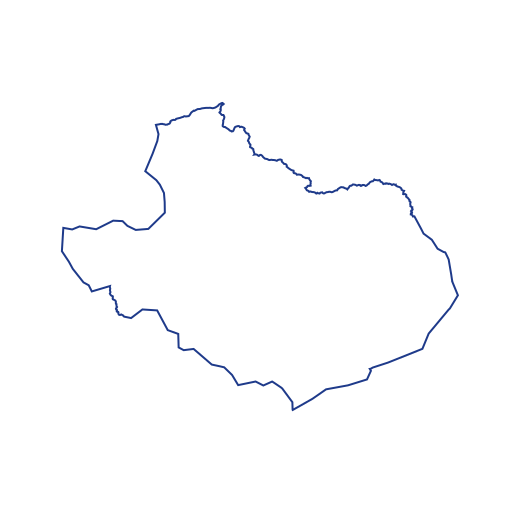 Delu'un, Bayan-Ölgiy, Mongolia (Equal Earth projection), rotated 150°
{"feature_id": "93677404B55197094733289", "entity_name": "Delu'un", "entity_type": "district", "adm_level": 2, "iso_a3": "MNG", "parent_name": "Mongolia", "parent_adm1": "Bayan-Ölgiy", "projection": "equal_earth", "projection_center": [90.333, 47.743], "detail": "fine", "context": "isolated", "style": "outline", "palette": "blue", "viewbox_px": 512, "rotation_deg": 150, "n_neighbors": 0, "source": "geoboundaries", "source_scale": "gbopen_adm2", "svg_char_len": 6029}
<svg xmlns="http://www.w3.org/2000/svg" viewBox="0 0 512 512"><g transform="rotate(150 256 256)"><path d="M99.0,211.1L100.4,211.8L100.2,212.6L100.2,213.1L100.6,214.0L101.2,214.6L100.7,215.3L100.2,215.6L100.0,215.0L99.9,215.0L99.2,215.4L99.0,216.3L99.3,217.4L98.7,217.7L98.1,217.5L97.4,217.8L97.5,218.0L97.2,218.5L96.9,218.7L97.0,219.5L96.8,219.8L96.3,220.1L96.7,220.7L96.8,221.1L97.3,221.6L97.4,221.9L97.0,222.3L96.7,223.4L96.5,223.7L96.3,224.2L95.4,225.0L95.2,225.5L95.3,225.9L95.7,226.5L95.5,226.9L95.3,227.2L95.3,227.6L95.1,227.9L95.3,228.1L95.2,228.7L95.3,229.4L95.4,230.1L95.7,230.6L95.6,230.9L96.3,232.3L96.0,232.8L95.4,233.5L95.3,233.8L95.6,234.6L95.9,235.1L97.3,235.7L97.6,236.0L96.7,237.3L95.2,238.4L96.0,239.1L96.8,240.6L96.4,241.6L96.4,242.0L97.0,243.5L97.6,244.3L98.9,245.6L99.0,246.0L99.6,246.9L99.6,247.4L99.3,247.9L99.9,248.1L100.5,248.5L100.6,249.0L101.2,249.5L102.7,249.5L103.4,251.0L104.3,251.8L104.5,252.1L105.4,252.2L105.8,253.0L106.7,253.4L106.8,253.8L107.0,254.0L108.0,253.9L108.7,254.5L109.7,254.6L109.8,254.8L109.8,256.2L110.2,257.2L111.0,258.1L110.9,259.0L110.8,259.5L111.2,260.2L112.5,260.4L113.6,261.4L114.8,262.2L115.3,263.1L116.3,262.6L117.5,262.3L118.4,262.8L119.8,262.9L120.5,262.9L122.4,262.1L123.4,262.2L124.6,261.8L125.9,261.8L126.1,261.9L126.2,262.3L126.8,263.3L127.4,263.8L127.8,263.9L128.2,264.2L128.8,264.1L129.3,264.2L129.5,264.1L129.8,264.1L130.3,264.4L130.1,265.1L130.6,265.4L130.7,265.6L131.2,266.1L131.8,266.3L133.5,266.5L134.2,267.8L135.2,268.7L136.3,269.5L138.2,269.2L138.6,269.3L139.1,269.7L139.9,269.7L141.7,268.7L142.1,268.7L143.6,268.0L143.7,268.4L144.2,269.4L144.8,269.9L145.0,270.3L145.5,270.7L145.8,271.6L147.9,273.1L149.2,273.2L151.7,273.0L152.9,272.3L153.7,272.7L154.6,273.0L157.7,273.1L158.6,273.4L159.1,273.9L159.5,274.4L160.2,274.8L160.5,275.1L161.8,275.4L162.7,275.9L164.3,276.1L165.3,276.0L166.2,276.4L166.5,276.8L166.7,277.2L166.8,278.0L168.3,278.6L168.9,278.6L169.7,278.3L170.9,279.4L171.3,280.1L172.3,279.8L172.8,280.3L173.0,281.2L173.6,282.0L174.5,282.8L175.1,283.1L175.9,283.8L176.3,284.4L176.5,284.6L177.9,285.0L178.0,286.1L178.4,286.6L178.8,287.1L179.1,287.5L179.1,289.0L179.3,290.3L177.2,290.2L176.6,290.7L175.8,290.8L174.5,289.9L173.5,289.6L173.2,290.7L172.4,291.4L171.9,292.5L171.5,293.0L171.1,293.3L171.1,293.7L171.4,294.6L171.4,296.4L171.2,296.9L172.3,297.5L172.8,298.2L173.6,298.3L173.8,298.4L174.6,299.6L175.8,301.0L175.7,301.2L175.7,301.4L175.9,302.4L176.1,302.6L176.4,303.5L176.9,304.1L178.2,305.2L180.0,306.0L180.0,306.7L180.4,307.7L181.7,308.8L181.8,309.5L181.0,310.5L180.8,311.1L182.1,312.4L182.6,313.1L184.0,315.9L184.4,317.2L184.8,318.0L184.1,318.9L184.0,319.4L184.3,320.7L184.9,321.2L185.7,321.8L185.8,322.7L186.4,324.7L186.3,325.2L185.7,326.2L185.8,326.5L186.9,327.6L188.1,327.9L188.7,328.2L190.1,328.0L190.7,328.3L191.1,329.0L192.4,330.1L193.8,331.0L194.3,331.5L196.6,332.5L197.3,333.4L197.6,334.1L199.7,336.0L200.0,337.1L200.4,338.2L200.5,339.6L200.9,340.6L201.2,341.1L201.7,341.4L202.1,341.5L203.2,341.2L203.6,341.3L203.9,341.7L204.2,342.8L204.8,343.6L205.9,344.4L206.8,344.7L206.4,344.9L206.1,345.3L206.0,346.4L205.7,347.5L205.5,348.7L204.9,349.9L205.0,350.3L205.6,351.0L205.6,351.8L206.6,353.0L206.7,353.3L206.4,353.8L205.5,354.6L205.1,355.3L205.5,356.8L205.2,358.1L205.2,358.8L205.4,359.8L203.9,361.0L202.9,361.6L201.8,362.5L201.8,364.9L201.5,365.6L202.0,366.3L202.9,367.1L203.1,368.1L203.2,369.5L203.2,370.2L203.3,371.1L202.8,371.5L202.1,371.9L202.2,372.8L202.6,373.5L203.9,375.2L205.5,375.7L205.5,376.6L206.2,377.3L207.4,377.8L208.1,377.9L208.9,378.1L209.7,378.1L210.2,377.9L213.0,375.8L213.7,375.6L214.9,376.1L215.0,376.7L215.8,377.5L216.1,378.1L216.4,379.4L217.6,381.7L218.3,383.2L218.5,383.4L219.1,383.6L219.9,385.0L219.4,386.1L219.0,386.3L217.1,388.8L217.0,389.1L216.8,389.7L215.1,390.8L213.9,392.1L213.9,392.7L213.7,393.2L213.7,394.4L214.3,394.8L214.8,395.0L215.2,395.4L215.4,396.9L215.9,398.3L215.9,398.6L214.5,399.1L213.4,400.1L213.5,401.0L212.5,401.7L212.0,402.6L211.4,403.2L209.9,403.7L209.0,403.6L208.0,403.8L208.5,405.3L209.3,405.6L212.2,405.7L214.2,405.0L215.1,405.0L216.8,404.9L218.3,405.2L219.6,405.6L221.5,407.2L225.5,409.4L229.0,410.9L230.9,411.3L233.1,412.4L236.8,412.5L237.2,413.0L239.1,412.8L240.4,412.6L243.0,411.2L244.3,410.8L247.0,411.9L248.0,412.8L248.7,413.0L249.8,412.9L250.5,413.2L252.8,413.6L254.7,414.2L256.6,414.7L257.2,414.4L257.9,414.3L258.8,414.7L259.4,415.2L261.3,415.6L262.4,415.5L263.0,415.3L263.4,414.5L264.6,413.9L265.2,413.9L265.9,414.2L266.9,414.1L268.9,415.0L269.4,415.8L270.4,416.5L270.8,417.1L271.5,417.3L272.1,417.9L274.1,418.5L277.1,419.6L279.5,410.3L284.0,404.9L294.5,396.2L309.5,384.8L304.4,371.5L303.6,365.8L304.2,356.6L308.1,348.4L313.3,339.1L335.7,333.3L347.1,338.7L352.3,346.4L354.1,352.9L362.0,358.0L381.0,359.1L394.0,369.8L401.9,370.9L408.8,376.7L421.7,357.2L420.9,344.5L421.1,336.5L418.6,319.4L415.5,314.3L415.9,307.4L397.5,303.0L398.0,302.5L398.6,300.5L399.5,299.6L399.8,298.8L400.1,297.5L401.4,296.5L401.4,295.3L401.2,294.3L400.7,293.4L400.2,292.9L400.3,292.3L401.5,290.7L401.6,290.1L401.2,289.7L401.1,289.4L400.1,287.8L400.1,286.7L401.0,285.2L401.2,284.6L400.9,284.1L401.9,282.3L401.8,281.3L402.1,281.1L403.1,280.8L403.6,280.5L403.8,279.8L403.5,279.5L403.4,278.9L403.7,278.3L404.2,278.0L404.3,277.5L404.0,277.0L403.3,276.5L403.3,276.0L403.9,275.2L404.1,274.3L403.9,273.4L403.2,272.9L402.7,272.8L402.0,272.8L400.7,270.8L400.8,270.2L400.5,269.4L395.2,264.7L381.1,266.5L368.8,258.3L369.5,235.9L362.3,227.4L368.7,215.5L365.7,210.6L356.5,206.7L348.6,184.1L342.4,178.5L339.2,175.5L336.2,164.9L336.0,153.1L319.1,147.5L314.4,140.2L304.8,139.2L303.7,137.1L300.0,129.5L299.5,128.1L297.6,111.2L301.2,104.5L301.2,104.3L278.5,104.1L262.0,105.5L241.0,98.0L221.6,93.6L213.9,99.1L213.9,101.3L213.1,101.0L210.6,101.0L195.0,97.7L158.3,92.4L145.2,102.5L115.8,113.3L114.4,113.6L100.8,121.0L98.8,135.9L98.6,136.0L98.4,136.8L96.1,142.6L90.9,156.6L90.6,159.8L90.3,164.2L90.4,164.7L91.5,165.6L95.1,171.5L95.6,182.1L99.7,191.6L99.4,197.2L99.0,211.1Z" fill="none" stroke="#1e3a8a" stroke-width="2"/></g></svg>